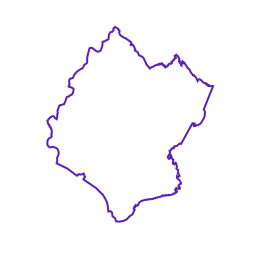 the district of Kota Pekanbaru, Riau, Indonesia, rotated 209°
{"feature_id": "22746128B3549150233660", "entity_name": "Kota Pekanbaru", "entity_type": "district", "adm_level": 2, "iso_a3": "IDN", "parent_name": "Indonesia", "parent_adm1": "Riau", "projection": "robinson", "projection_center": [101.448, 0.555], "detail": "fine", "context": "isolated", "style": "outline", "palette": "violet", "viewbox_px": 256, "rotation_deg": 209, "n_neighbors": 0, "source": "geoboundaries", "source_scale": "gbopen_adm2", "svg_char_len": 5715}
<svg xmlns="http://www.w3.org/2000/svg" viewBox="0 0 256 256"><g transform="rotate(209 128 128)"><path d="M82.5,59.6L83.4,59.8L83.7,60.1L83.7,60.3L83.6,60.5L83.9,60.7L84.0,61.0L83.8,61.5L84.0,61.6L83.9,62.0L84.0,61.9L84.1,61.7L84.3,62.4L84.2,62.8L84.0,62.6L83.9,62.7L83.9,63.1L83.8,63.4L83.9,63.6L83.9,63.8L83.5,63.6L83.6,64.1L83.3,64.2L83.3,64.5L83.1,64.1L82.9,64.5L82.4,64.5L82.3,65.1L82.0,65.1L81.8,65.3L82.0,66.5L81.9,66.8L82.0,67.1L82.0,68.3L81.4,69.7L81.4,69.9L80.8,70.9L80.7,71.1L80.0,71.4L79.5,72.1L78.1,73.5L77.8,73.9L77.0,74.3L76.3,74.5L76.0,75.2L75.5,75.8L74.2,76.2L73.5,77.0L71.5,78.3L71.2,79.2L70.3,79.6L69.4,80.9L68.6,81.3L67.9,82.3L66.4,83.5L65.7,84.4L65.4,84.6L65.4,84.9L65.0,85.1L64.9,85.5L65.2,85.6L64.8,86.1L64.5,86.2L63.8,86.2L63.3,86.4L63.1,86.8L62.1,87.4L62.2,87.7L61.6,87.8L61.3,88.1L61.0,88.1L60.7,88.5L59.9,88.9L59.9,89.2L59.4,89.5L58.9,89.6L58.7,89.8L58.2,90.3L57.4,90.8L56.5,92.4L56.2,92.4L56.0,93.3L55.2,93.7L54.3,95.4L54.4,96.1L55.2,95.6L56.1,96.1L55.9,97.0L56.8,97.2L56.7,98.8L55.4,99.2L54.3,99.2L53.3,100.2L54.2,101.4L55.4,101.4L55.9,101.9L55.8,103.3L54.7,105.1L55.6,106.1L58.3,107.6L59.8,107.6L61.1,108.1L61.8,109.6L60.5,109.5L59.6,110.9L60.4,111.7L62.4,112.3L62.4,113.4L63.9,115.7L65.0,115.7L66.1,116.1L66.4,117.9L69.0,120.5L69.9,120.5L70.1,120.1L70.0,118.6L70.7,118.5L71.6,118.7L72.1,119.6L72.9,122.2L74.9,122.5L76.4,124.4L77.3,125.0L77.5,125.0L77.5,124.7L77.2,124.1L76.8,122.6L76.8,121.7L76.9,121.1L77.5,120.8L78.0,121.0L79.3,122.2L79.0,126.0L79.2,126.8L79.9,127.4L80.6,128.3L79.9,128.9L79.8,129.6L79.8,130.9L79.5,131.5L79.4,131.8L79.0,131.8L78.9,132.2L78.6,132.3L78.2,132.7L78.3,132.9L78.2,133.0L78.1,133.4L78.5,134.1L78.5,134.6L78.0,135.0L77.4,135.3L76.6,136.0L76.3,136.5L76.2,137.1L76.1,137.5L75.9,137.9L75.7,138.4L75.5,138.7L75.3,139.4L75.0,139.6L73.9,139.8L73.9,163.4L71.9,164.2L71.6,162.9L71.8,162.5L71.4,161.7L70.1,162.3L69.9,162.4L69.7,163.0L69.7,163.4L68.6,164.1L68.1,164.5L67.1,166.1L66.7,167.4L66.5,168.7L66.4,174.0L66.8,175.6L67.5,177.4L68.3,178.9L68.9,179.7L69.5,180.3L70.7,180.9L73.9,205.9L75.4,205.3L75.6,205.0L76.2,204.6L77.9,203.7L78.1,203.7L78.1,204.6L79.6,204.1L79.7,204.4L80.1,204.2L81.1,204.2L81.1,204.9L84.2,204.3L85.2,204.5L87.1,205.3L88.5,205.3L88.8,205.2L89.5,205.1L89.8,204.3L90.0,204.2L90.1,203.6L90.0,203.0L92.2,204.6L93.6,205.3L96.1,206.1L96.4,205.5L96.8,205.6L97.3,206.0L99.8,207.0L102.6,208.9L105.1,209.5L106.3,210.1L107.0,210.8L107.7,211.0L110.0,212.2L110.6,212.4L110.8,211.7L111.4,212.0L112.0,212.7L112.7,212.8L112.8,212.1L112.4,211.3L112.0,211.2L111.9,211.1L112.0,209.6L111.8,208.9L112.0,208.7L111.9,208.6L112.1,208.6L112.8,209.4L115.7,211.0L115.3,211.9L116.6,212.7L116.8,213.5L119.4,215.1L120.4,215.0L121.3,215.4L122.0,213.7L120.1,212.5L121.0,211.7L120.7,210.7L120.9,210.6L121.1,210.0L120.9,209.8L121.1,209.4L121.1,208.9L121.6,208.4L121.7,207.3L121.9,206.8L121.1,206.2L121.2,205.7L121.7,204.8L122.0,204.8L122.7,204.7L123.0,204.2L123.4,203.4L123.4,202.8L123.2,202.4L123.3,201.6L123.6,200.9L123.9,201.0L124.6,199.6L124.7,199.1L125.5,199.3L125.3,199.7L126.1,200.3L126.2,200.1L127.2,200.3L127.3,200.3L127.6,200.4L127.7,200.0L127.9,200.0L127.9,200.3L128.8,200.5L129.3,200.9L129.8,200.9L129.9,200.7L130.1,200.7L130.2,199.7L130.5,199.7L131.2,199.6L131.1,199.2L131.4,198.7L131.8,198.4L131.9,198.1L132.5,198.4L132.6,198.1L133.9,196.6L134.5,196.2L134.8,195.4L136.3,193.2L137.0,192.4L137.8,190.6L142.6,192.6L148.4,196.8L150.6,197.2L153.7,196.9L154.5,197.8L156.4,199.0L158.0,199.1L159.6,199.1L159.6,200.1L162.6,202.4L164.6,203.2L165.2,202.9L165.5,201.9L166.1,202.1L166.1,203.6L167.0,204.6L167.8,204.6L171.3,205.1L172.7,205.1L173.0,205.4L173.9,205.2L176.4,205.1L179.7,205.4L181.1,206.2L182.0,207.3L182.6,209.1L183.6,209.1L184.8,210.0L188.3,210.1L188.7,208.8L188.9,207.6L188.0,206.6L188.3,204.6L189.2,204.0L189.9,203.0L190.0,200.5L188.1,196.1L189.7,193.9L190.5,192.3L192.1,191.4L192.2,191.8L190.3,187.5L189.4,182.6L190.1,181.3L191.2,180.3L192.3,179.9L193.9,179.9L196.1,180.4L198.7,180.6L200.3,179.1L198.4,171.6L197.7,169.6L195.5,165.5L195.5,164.8L196.4,162.9L196.9,161.7L196.7,160.2L196.7,158.3L198.4,155.8L200.1,152.1L200.7,149.5L200.7,147.3L200.5,146.4L200.5,145.0L201.5,143.8L202.3,143.3L202.7,142.5L202.6,141.3L202.2,140.6L201.1,138.7L200.2,137.8L200.2,136.9L200.4,136.6L200.2,135.9L199.8,135.5L199.2,135.4L199.0,135.7L198.4,135.9L196.8,135.9L195.9,136.1L195.2,136.0L194.7,135.8L194.2,135.2L193.7,133.8L193.5,132.9L193.2,132.2L193.4,131.5L193.2,130.6L193.3,130.1L194.3,128.8L195.2,126.6L196.1,126.1L196.6,125.5L195.8,121.3L195.5,117.7L196.6,116.9L197.6,115.5L198.4,115.3L198.9,113.5L198.1,110.2L198.0,108.8L196.5,106.8L196.5,105.6L195.8,104.5L195.0,102.5L194.7,101.1L196.7,101.3L198.0,102.2L198.8,102.2L200.1,101.3L200.9,99.9L201.3,98.9L201.7,97.4L201.9,95.1L201.0,94.3L200.4,93.4L200.0,93.0L199.0,92.7L198.3,92.7L198.2,92.6L197.8,91.6L197.2,91.6L196.7,91.1L196.0,91.2L195.7,90.5L195.2,90.0L194.5,90.0L193.2,88.3L192.0,86.2L192.0,85.6L191.8,84.9L191.1,84.4L190.7,83.5L190.7,82.6L191.3,82.0L192.0,80.5L192.3,79.2L192.3,78.4L192.0,77.4L191.4,76.1L190.7,74.7L189.5,73.7L188.0,73.2L186.5,73.3L185.5,74.2L184.3,75.2L183.4,75.4L180.3,75.7L179.5,75.4L178.6,74.9L177.2,73.6L176.4,72.5L176.0,71.2L175.6,68.9L175.6,67.6L175.1,66.7L174.1,65.3L173.7,64.3L173.3,62.5L161.2,63.1L149.7,61.5L149.3,61.7L149.1,62.0L149.0,62.5L149.1,63.1L148.5,63.8L148.1,64.1L147.5,64.0L146.6,64.6L146.2,64.7L145.7,65.2L145.2,66.2L144.6,66.7L144.2,66.2L143.7,65.9L142.7,64.8L141.9,64.5L141.8,64.2L141.8,63.9L142.3,62.3L142.0,61.4L126.7,60.0L120.6,58.2L117.5,57.4L114.1,55.4L111.0,53.3L109.5,51.9L107.6,49.6L104.7,45.4L103.1,46.7L101.0,46.3L98.7,43.3L95.5,42.8L93.2,40.6L90.2,41.9L87.0,44.4L84.7,47.7L83.9,51.3L82.2,54.6L82.5,59.6Z" fill="none" stroke="#5b21b6" stroke-width="2"/></g></svg>